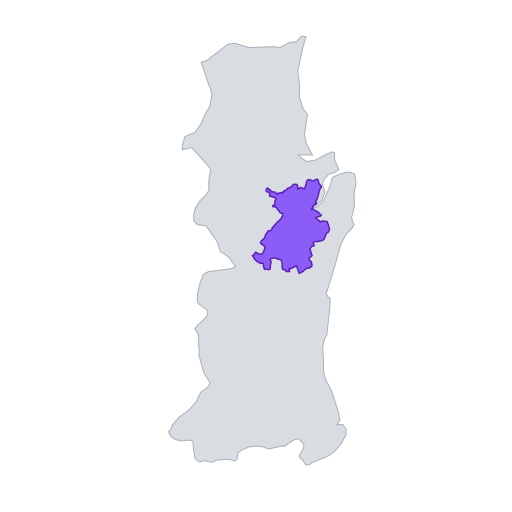 Portugal, with Santarém highlighted, rotated 173°
{"feature_id": "PRT-748", "entity_name": "Santarém", "entity_type": "District", "adm_level": 1, "iso_a3": "PRT", "parent_name": "Portugal", "parent_adm1": "", "projection": "natural_earth1", "projection_center": [-8.43, 39.286], "detail": "fine", "context": "in_parent", "style": "filled", "palette": "violet", "viewbox_px": 512, "rotation_deg": 173, "n_neighbors": 0, "source": "natural_earth", "source_scale": "10m", "svg_char_len": 6235}
<svg xmlns="http://www.w3.org/2000/svg" viewBox="0 0 512 512"><g transform="rotate(173 256 256)"><path d="M195.0,58.6L201.2,53.0L207.4,49.3L210.8,48.0L225.0,44.2L228.7,42.3L232.2,42.6L232.8,44.4L234.8,48.0L237.0,50.4L237.6,52.2L232.2,59.7L231.4,62.3L234.3,67.2L234.8,68.6L236.2,69.3L240.0,69.1L246.8,66.0L251.4,63.4L253.0,64.4L266.4,62.9L269.6,64.2L271.7,65.5L278.3,67.3L285.5,67.5L294.4,64.9L298.3,62.4L299.0,59.6L299.2,57.4L300.3,56.1L302.4,55.3L305.5,56.7L310.1,57.8L320.9,58.2L323.1,56.7L326.7,57.1L331.6,59.1L337.2,58.5L340.1,60.9L341.3,64.1L341.6,71.2L341.3,78.2L342.4,80.9L346.2,81.5L352.3,81.5L357.8,83.4L362.2,86.7L363.6,90.2L364.2,92.5L362.1,93.9L359.2,98.9L351.7,105.5L341.0,111.5L332.9,118.9L327.3,127.7L320.2,131.5L318.1,133.5L317.2,135.9L322.0,146.8L323.4,155.2L324.7,165.4L323.9,168.3L323.6,179.6L322.5,183.0L322.8,185.6L324.6,188.5L325.4,191.3L322.1,194.8L316.2,198.9L311.8,202.5L310.7,205.9L311.0,208.0L318.4,215.1L319.8,218.0L318.8,225.1L314.6,236.6L310.6,243.7L309.9,244.4L305.2,246.3L282.8,246.4L277.4,248.0L278.2,249.4L283.5,258.5L289.0,263.3L290.8,264.4L292.8,275.0L301.8,291.9L310.4,294.2L313.4,298.4L312.9,304.4L310.3,310.9L305.0,317.6L298.7,322.3L294.6,327.0L294.3,332.4L293.0,339.3L291.1,344.7L290.6,348.4L306.5,371.5L315.3,370.4L316.5,370.9L314.9,376.4L312.2,382.9L308.8,384.1L301.3,386.1L294.2,394.4L288.4,404.4L284.0,409.3L280.1,421.2L280.6,426.4L282.6,434.4L286.7,455.1L280.9,456.1L258.0,469.7L250.9,469.7L237.6,463.7L214.2,461.8L206.6,460.0L197.1,463.9L189.7,463.8L183.9,468.8L179.7,467.4L184.5,456.3L192.1,434.1L191.8,420.6L193.6,408.9L191.6,397.3L187.8,390.0L193.0,371.2L192.4,361.6L187.7,349.3L201.9,351.2L197.6,346.3L193.2,343.3L189.0,344.0L185.5,343.8L173.3,348.6L167.3,350.0L165.5,349.2L166.2,341.6L163.1,331.8L167.9,329.2L173.6,328.4L178.4,324.3L181.4,319.6L179.8,311.2L184.0,303.3L193.8,296.6L188.7,297.6L182.9,301.8L173.7,316.9L170.7,324.6L162.9,327.1L156.0,328.3L152.4,327.5L148.1,325.6L147.8,319.9L148.1,315.4L151.0,306.4L152.2,293.8L156.4,282.5L156.1,279.5L154.9,275.0L158.6,270.6L163.2,267.6L170.1,257.9L179.7,234.8L190.8,210.2L189.9,207.2L187.6,204.9L188.5,198.3L195.2,169.5L197.9,165.7L201.0,157.3L201.7,143.6L203.0,134.2L202.7,129.5L201.7,123.9L197.5,113.0L193.1,90.2L192.8,82.6L196.4,78.7L190.4,78.2L187.7,73.2L188.4,67.6L195.0,58.6Z" fill="#d9dde1" stroke="#a8b0b8" stroke-width="1"/><path d="M193.8,297.3L194.9,296.2L195.5,295.0L193.8,296.3L193.2,295.1L192.9,294.7L192.7,294.4L192.2,294.1L190.9,293.5L190.4,293.2L188.5,291.5L188.2,291.0L187.7,289.9L187.2,289.5L186.7,289.3L186.4,288.9L186.4,288.3L187.3,287.7L188.1,287.4L190.1,287.5L191.2,287.2L192.1,286.4L188.8,283.2L188.2,282.0L185.6,282.7L181.0,281.4L181.1,280.2L180.3,278.2L180.1,275.5L179.7,274.0L180.0,273.0L181.5,270.6L182.8,270.3L183.3,269.9L183.9,269.1L186.0,264.8L187.0,263.9L188.9,263.2L193.3,262.8L196.5,263.2L197.5,262.5L197.6,261.9L197.7,261.6L197.6,261.3L197.1,260.4L197.0,259.7L197.1,259.1L197.4,258.8L197.9,258.8L198.4,259.0L199.1,259.0L199.6,258.9L201.3,256.7L201.8,256.1L201.0,253.8L200.9,252.3L200.3,249.7L201.7,248.6L202.3,248.2L202.9,247.8L203.4,247.3L203.6,246.6L203.4,245.2L202.9,244.6L202.3,244.2L201.9,243.7L201.7,243.1L201.7,242.1L201.5,240.6L201.5,240.0L201.8,239.3L202.2,238.7L205.3,237.4L206.5,237.7L207.3,237.6L208.5,237.0L211.7,234.7L212.6,234.4L213.3,234.4L214.2,233.7L215.2,233.4L216.1,236.9L216.2,237.8L216.7,239.8L216.8,240.4L217.0,240.9L217.0,241.3L218.2,240.9L221.0,239.9L221.8,239.7L223.3,239.1L224.6,239.3L224.9,239.1L224.7,237.5L224.6,236.9L224.7,236.5L225.1,236.7L227.9,236.9L228.3,238.2L229.0,238.6L229.9,238.8L230.6,239.2L231.0,239.6L231.3,240.1L231.3,240.5L231.4,241.0L231.3,241.3L231.4,242.9L231.0,243.7L231.0,245.2L231.3,248.2L231.9,249.3L235.5,250.7L237.2,251.8L238.7,251.9L241.0,251.6L242.4,251.1L242.4,250.7L242.3,250.1L241.8,248.9L241.8,248.0L242.1,246.9L242.6,246.0L243.4,241.8L243.7,241.2L245.1,240.9L247.2,241.7L248.8,241.7L249.2,242.0L249.4,242.6L249.5,243.2L249.6,243.8L249.7,244.4L249.7,245.6L249.6,246.9L249.8,247.6L250.3,247.9L251.0,248.1L251.8,248.2L253.2,248.6L254.1,249.4L255.4,250.2L256.8,251.7L258.1,253.8L258.4,254.4L258.9,255.9L259.5,256.7L258.1,257.5L257.7,257.9L256.4,259.4L256.1,259.6L255.7,259.8L255.6,259.6L254.7,258.8L252.0,257.4L250.7,257.0L249.9,257.3L248.6,258.4L247.3,260.4L245.8,264.1L248.5,266.7L249.5,267.5L249.8,268.1L249.9,268.6L248.6,270.6L245.4,272.7L244.9,273.2L244.7,274.3L244.4,274.9L243.5,276.3L241.9,278.2L241.6,278.6L241.3,279.0L240.9,279.4L239.9,279.6L238.6,279.4L237.9,279.5L237.1,280.4L236.4,282.1L234.8,283.4L230.8,286.9L227.1,289.5L226.3,290.4L224.3,293.4L224.3,294.8L225.9,295.4L226.6,295.9L227.2,296.5L227.4,297.3L227.6,298.0L228.0,298.6L228.8,299.2L229.2,300.1L229.5,300.8L229.6,301.4L230.5,302.1L233.4,303.1L232.9,304.1L232.4,304.4L231.6,304.5L231.2,304.6L230.9,305.1L230.7,305.8L230.7,307.2L230.5,308.1L230.2,308.8L229.8,309.3L229.4,309.8L229.2,310.3L229.4,311.0L229.9,311.4L230.4,311.7L233.8,313.3L234.7,313.4L234.9,313.6L235.3,314.3L234.9,315.7L234.9,316.3L235.3,317.1L236.4,318.2L236.9,318.3L237.5,318.5L237.9,319.0L238.0,319.7L237.6,320.9L236.5,322.0L235.4,321.4L235.1,321.0L234.7,319.9L234.4,319.7L234.1,319.8L233.7,319.8L233.5,319.4L233.4,318.9L233.1,318.4L232.7,318.0L232.0,317.7L229.9,317.3L229.3,316.9L227.5,315.0L227.0,314.7L226.6,314.7L226.3,315.1L226.2,315.5L225.8,315.7L225.5,315.6L224.8,315.6L224.0,315.9L223.2,315.8L222.0,315.4L221.6,315.4L221.4,315.8L221.3,316.3L221.0,316.7L220.7,317.1L220.3,317.3L219.8,317.4L219.0,317.3L218.3,317.5L217.0,318.9L216.3,319.4L213.3,319.9L210.1,322.6L208.4,322.3L207.7,322.3L207.0,322.1L206.2,321.2L206.1,320.5L206.2,319.8L206.2,319.1L206.3,318.5L206.4,317.9L206.4,317.5L206.0,317.3L204.9,317.8L203.6,318.6L201.8,317.9L201.0,317.4L200.6,317.0L200.1,316.8L199.6,317.0L197.7,320.7L196.9,323.0L196.7,323.7L195.7,325.0L194.6,325.3L194.1,325.3L192.2,324.7L191.6,323.8L191.1,323.6L190.4,323.5L189.2,323.8L188.5,324.2L187.2,324.7L186.4,324.8L185.8,324.6L185.2,324.0L184.9,322.7L185.0,321.7L184.5,319.8L184.2,319.2L183.9,318.9L182.8,317.4L182.8,316.4L183.8,315.4L184.2,314.8L185.2,312.9L187.6,306.8L188.2,305.4L188.9,304.6L189.2,303.7L190.5,301.8L189.8,301.3L189.6,300.5L192.0,299.8L193.4,298.3L193.8,298.0L194.0,297.7L193.8,297.3Z" fill="#8b5cf6" stroke="#5b21b6" stroke-width="1.5"/></g></svg>